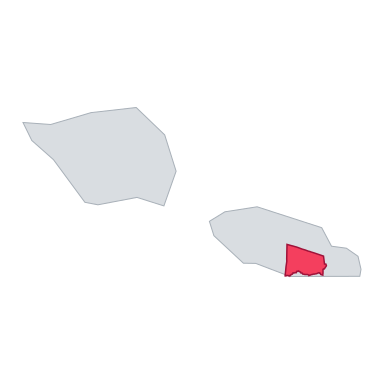 location of Falealili, Tuamasaga, Samoa
{"feature_id": "51752279B81921466612681", "entity_name": "Falealili", "entity_type": "district", "adm_level": 2, "iso_a3": "WSM", "parent_name": "Samoa", "parent_adm1": "Tuamasaga", "projection": "robinson", "projection_center": [-171.676, -13.991], "detail": "fine", "context": "in_parent", "style": "filled", "palette": "rose", "viewbox_px": 384, "rotation_deg": 0, "n_neighbors": 0, "source": "geoboundaries", "source_scale": "gbopen_adm2", "svg_char_len": 3176}
<svg xmlns="http://www.w3.org/2000/svg" viewBox="0 0 384 384"><path d="M136.2,107.5L164.7,134.9L176.1,171.2L163.9,205.9L136.9,197.4L97.9,204.8L84.9,202.3L53.5,159.7L31.8,140.5L23.0,122.5L50.7,124.5L91.1,112.6L136.2,107.5ZM359.8,276.3L290.1,276.5L255.7,263.4L243.4,263.2L213.9,235.7L209.4,221.3L224.9,211.8L257.1,206.8L321.7,227.7L331.5,246.2L346.4,248.2L358.0,256.3L361.0,269.3L359.8,276.3Z" fill="#d9dde1" stroke="#a8b0b8" stroke-width="1"/><path d="M290.9,245.5L287.0,244.4L286.7,258.9L286.8,261.3L286.0,266.8L285.7,270.2L285.1,275.8L285.3,275.8L285.5,275.8L285.7,276.0L285.8,276.0L285.8,275.8L286.0,275.8L286.2,275.7L286.4,275.5L286.5,275.5L286.6,275.4L286.9,275.4L287.0,275.4L287.3,275.4L287.4,275.5L287.5,275.5L287.8,275.6L288.0,275.6L288.3,275.7L288.4,275.8L288.6,275.8L288.6,275.6L288.8,275.6L289.0,275.6L289.4,275.6L289.5,275.6L289.8,275.6L290.0,275.5L290.1,275.4L290.3,275.4L290.3,275.5L290.4,275.4L290.5,275.3L290.6,275.1L290.8,274.9L291.0,274.7L291.3,274.7L291.5,274.5L291.6,274.4L291.8,274.4L292.0,274.3L292.0,274.2L292.3,274.2L292.5,274.0L292.6,273.8L292.7,273.7L292.8,273.5L292.9,273.4L292.9,273.1L293.0,273.1L293.3,272.9L293.4,273.0L293.5,272.9L293.9,273.0L294.0,273.0L294.3,272.9L294.5,272.9L294.8,272.8L294.9,272.7L295.1,272.7L295.4,272.6L295.5,272.6L295.8,272.7L296.0,272.8L296.1,272.7L296.3,272.6L296.2,272.4L296.3,272.3L296.3,272.2L296.5,271.9L296.5,271.7L296.7,271.4L296.8,271.3L297.0,271.3L297.1,271.2L297.3,271.2L297.6,271.3L297.8,271.2L298.0,271.2L298.3,271.2L298.6,271.3L298.7,271.1L298.8,271.2L298.9,271.3L299.0,271.3L299.1,271.5L299.3,271.5L299.5,271.6L299.7,271.8L299.9,271.8L300.1,271.9L300.2,272.0L300.3,272.1L300.5,272.1L300.5,272.3L300.6,272.5L300.7,272.8L301.0,273.0L301.4,273.0L301.5,273.0L301.8,273.1L302.3,273.2L302.3,273.3L302.3,273.5L302.6,273.9L302.7,274.0L302.8,274.1L303.0,274.2L303.4,274.2L303.7,274.2L303.9,274.2L304.0,274.2L304.4,274.4L304.7,274.5L305.2,274.5L305.3,274.5L305.6,274.5L305.8,274.5L306.1,274.5L306.6,274.5L307.0,274.5L307.4,274.5L307.7,274.6L308.4,274.9L308.5,275.0L308.8,275.1L308.9,275.3L309.0,275.4L309.0,275.5L309.3,275.4L309.6,275.2L309.9,275.2L310.2,275.1L310.3,275.0L310.6,275.0L310.9,274.9L311.2,274.7L311.5,274.6L312.2,274.4L312.3,274.5L312.6,274.4L312.9,274.3L313.2,274.2L313.5,274.1L313.8,274.1L314.1,274.1L314.5,274.1L314.8,274.0L315.4,273.9L315.9,273.8L316.1,273.8L316.3,273.7L316.5,273.7L316.9,273.6L317.0,273.5L317.3,273.3L317.6,273.2L317.8,273.1L318.0,273.1L318.4,272.9L318.5,272.8L318.9,272.7L319.2,272.8L319.3,272.8L319.3,273.0L319.5,273.2L319.9,273.3L319.9,273.2L320.0,273.2L320.0,273.3L320.4,273.6L320.5,273.9L320.6,274.1L320.7,274.4L320.8,274.5L321.0,274.6L321.5,274.7L321.6,274.8L322.0,274.8L322.4,275.0L322.5,275.0L322.8,275.1L322.8,274.5L323.0,273.2L323.0,269.4L323.2,269.2L323.3,269.1L323.5,269.1L323.8,269.1L324.0,268.8L324.3,268.9L324.5,268.7L324.8,268.2L325.2,267.6L326.1,266.3L326.3,265.9L326.4,265.6L326.1,264.8L326.0,264.6L326.0,264.4L325.9,264.1L324.5,264.0L323.5,256.1L321.5,255.4L314.4,253.0L311.8,252.2L310.8,251.9L309.9,251.5L308.2,251.1L305.3,250.0L301.9,249.0L298.5,247.7L296.5,247.0L294.6,246.5L293.3,246.1L290.9,245.5Z" fill="#f43f5e" stroke="#9f1239" stroke-width="1.5"/></svg>